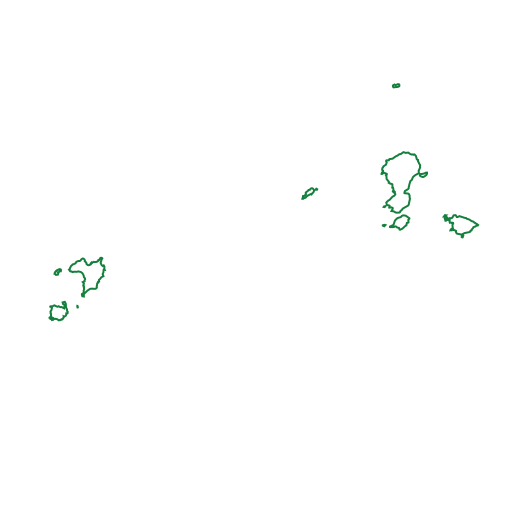 the district of Taboga, Panama, rotated 60°
{"feature_id": "35544464B74789014027071", "entity_name": "Taboga", "entity_type": "district", "adm_level": 2, "iso_a3": "PAN", "parent_name": "Panama", "parent_adm1": "", "projection": "orthographic", "projection_center": [-79.568, 8.692], "detail": "fine", "context": "isolated", "style": "outline", "palette": "green", "viewbox_px": 512, "rotation_deg": 60, "n_neighbors": 0, "source": "geoboundaries", "source_scale": "gbopen_adm2", "svg_char_len": 6005}
<svg xmlns="http://www.w3.org/2000/svg" viewBox="0 0 512 512"><g transform="rotate(60 256 256)"><path d="M252.7,68.4L249.5,67.5L247.4,67.9L247.0,68.3L247.0,69.1L246.3,69.6L245.9,70.6L244.7,71.5L242.5,72.5L241.7,74.6L239.8,76.4L240.1,79.5L239.5,81.1L239.8,82.7L239.6,85.4L240.0,89.1L238.8,92.0L239.5,93.1L238.4,95.2L238.8,95.9L240.3,96.0L241.9,97.8L242.1,100.9L242.7,101.6L243.0,102.5L244.4,103.7L245.6,103.3L246.2,103.5L246.6,104.8L247.2,105.9L247.7,106.2L248.1,105.4L247.5,104.2L249.2,102.4L250.3,101.7L251.0,102.2L251.0,103.1L251.9,103.1L254.7,104.4L258.0,103.8L259.0,104.5L259.6,103.8L260.3,103.7L261.6,102.3L262.1,102.1L264.4,103.2L264.9,103.8L265.6,103.2L267.8,104.0L268.2,105.0L268.4,105.2L269.6,105.0L269.5,103.8L270.0,103.7L270.9,104.3L272.1,104.4L272.9,105.8L272.9,108.2L274.2,112.3L274.1,113.6L274.8,116.4L276.6,117.0L277.6,116.9L278.7,115.5L279.4,115.2L280.0,115.5L280.4,116.3L280.8,116.4L281.6,114.4L282.7,113.6L283.4,113.9L284.8,116.2L286.2,114.4L287.9,113.5L288.8,112.6L290.1,110.0L290.1,109.5L289.4,108.7L289.1,107.1L288.3,104.9L288.4,99.3L288.0,98.2L283.2,93.9L282.1,93.7L280.5,92.8L279.0,92.6L278.0,93.0L276.1,95.7L275.7,96.0L275.4,95.8L274.2,94.6L274.1,90.9L273.8,90.0L272.6,89.2L272.0,88.4L271.3,88.0L268.4,85.0L267.9,82.8L266.3,80.9L265.9,79.7L265.6,77.5L265.7,73.5L263.5,72.5L261.4,69.6L260.5,69.3L259.5,68.4L257.5,68.5L256.2,68.3L255.1,68.4L253.8,67.6L252.7,68.4ZM186.7,394.2L184.8,394.1L184.0,393.8L181.6,391.1L181.2,390.3L180.6,390.4L180.0,391.2L179.9,391.8L181.0,393.7L180.7,394.5L181.4,395.1L181.3,396.0L181.5,396.7L180.6,398.8L179.9,399.5L180.0,400.9L179.3,401.4L179.6,402.3L179.9,402.0L180.2,402.1L180.2,402.7L180.7,403.3L180.4,405.4L179.7,406.2L178.2,406.8L176.8,406.3L174.9,406.9L174.3,406.4L173.0,406.3L172.0,406.8L171.5,407.4L171.5,408.6L172.2,410.3L172.2,411.1L171.5,412.4L171.2,414.5L172.1,416.0L171.9,418.3L171.6,419.1L172.1,420.3L172.2,421.2L173.6,423.3L174.3,423.8L174.3,424.7L175.9,424.7L176.8,424.2L177.1,423.4L178.2,423.0L178.7,421.3L180.1,419.1L180.5,417.6L182.3,415.7L184.1,414.9L186.7,415.0L188.3,415.6L189.7,415.3L190.7,415.6L191.5,416.8L192.2,417.1L192.0,419.1L193.7,418.8L194.3,419.2L195.0,420.3L195.6,420.4L196.2,420.1L196.6,420.7L197.4,420.7L198.0,421.2L198.9,421.5L199.9,422.7L201.1,423.1L201.9,424.2L201.8,425.4L202.0,425.9L202.7,426.0L203.4,426.5L204.1,426.5L205.0,425.3L202.9,424.2L201.7,419.3L201.5,416.1L202.4,414.1L203.1,413.3L204.1,411.5L204.2,410.8L204.1,410.2L203.4,409.3L202.5,409.1L201.6,408.1L200.7,407.6L200.3,406.9L200.2,406.2L199.8,406.3L199.3,405.6L199.6,404.6L198.1,403.8L197.9,402.5L197.1,400.6L197.2,398.2L195.1,397.9L193.8,396.3L191.8,394.9L191.7,394.5L192.3,393.9L191.0,393.7L189.5,392.6L188.0,392.6L188.1,393.7L186.7,394.2ZM340.0,49.7L340.5,48.6L340.2,48.1L338.2,49.0L337.5,49.7L336.9,49.7L336.1,50.3L335.0,50.5L333.7,51.7L330.6,53.4L329.2,54.8L328.3,55.0L327.1,56.4L323.2,59.9L323.1,61.8L322.7,62.6L320.8,62.6L320.3,62.9L319.6,64.5L321.0,66.9L320.7,68.6L320.2,69.1L320.7,69.6L320.6,71.2L320.9,71.2L321.2,70.6L321.6,70.8L322.0,70.5L322.9,71.2L324.1,71.5L324.5,70.4L325.2,70.1L325.5,69.1L325.8,68.8L326.6,69.1L326.7,69.6L327.6,70.5L330.2,71.6L330.2,73.1L330.6,74.3L331.0,74.8L331.7,73.5L331.8,71.7L332.5,71.7L333.8,70.4L334.2,70.2L334.8,70.7L336.1,71.0L337.2,70.7L340.3,67.1L340.4,63.9L342.0,59.3L342.0,58.2L341.4,57.7L341.6,56.5L341.0,56.1L340.4,54.2L339.7,53.1L340.1,51.7L340.0,49.7ZM202.3,444.6L200.1,444.5L199.5,446.7L201.0,447.1L203.1,446.1L204.2,447.5L205.4,448.3L202.9,450.0L202.5,451.0L200.8,452.1L200.8,453.1L200.5,453.5L197.9,455.3L197.8,457.6L197.0,458.7L196.9,459.4L197.2,459.5L197.7,458.7L198.2,458.9L198.9,458.7L200.4,460.0L201.4,461.8L202.4,462.1L202.8,462.5L203.6,462.4L205.6,463.6L205.9,464.2L206.8,464.4L207.3,463.3L208.3,462.6L209.0,462.6L210.0,461.8L210.1,461.0L211.3,459.8L213.2,458.9L213.3,458.0L213.9,457.2L213.5,456.2L214.0,455.7L213.7,454.2L213.2,453.9L212.9,453.1L212.0,452.7L212.7,452.2L212.6,450.6L211.6,449.3L210.8,449.0L210.9,448.7L211.3,448.4L211.4,447.9L210.6,447.2L210.0,446.9L209.1,447.1L207.8,446.4L205.4,446.2L202.3,444.6ZM305.3,118.1L305.5,115.4L304.5,111.1L304.7,110.5L302.8,108.8L303.2,107.6L303.1,107.1L300.8,106.0L300.5,104.7L300.0,104.3L296.1,106.1L295.2,107.0L294.3,108.5L294.2,109.7L294.7,111.2L293.9,114.4L294.5,117.2L295.0,118.2L297.8,121.4L297.5,125.3L297.8,125.5L298.2,125.2L299.8,122.3L299.8,121.2L300.3,120.1L301.9,119.5L303.2,118.1L304.8,118.5L305.3,118.1ZM230.4,177.1L229.3,174.0L228.5,173.1L227.5,172.8L226.3,173.0L225.7,173.2L225.2,173.9L225.0,175.1L225.6,176.3L225.1,177.5L225.5,178.3L225.9,181.1L226.3,181.5L227.5,181.8L228.1,184.1L227.6,185.3L228.7,186.1L229.6,187.2L230.0,186.7L229.9,185.5L230.3,183.8L229.7,182.3L229.6,180.2L229.8,177.2L230.4,177.1ZM268.3,73.9L269.8,73.2L271.2,71.8L271.3,70.2L271.0,67.9L270.3,66.8L269.3,66.2L268.8,67.0L268.7,68.8L268.0,71.2L267.2,72.5L267.3,73.2L268.3,73.9ZM170.2,433.0L170.2,432.7L171.2,432.3L170.6,431.8L169.9,431.9L169.2,432.6L168.8,435.0L169.1,437.2L170.0,438.8L170.8,439.4L171.5,438.7L172.3,438.7L173.1,436.9L172.0,435.7L171.1,435.8L171.5,434.9L171.0,434.0L171.3,433.6L170.9,432.9L170.2,433.0ZM178.7,52.6L180.5,48.5L180.6,47.1L179.6,46.3L179.0,46.2L178.1,47.2L177.9,49.6L176.7,50.4L176.8,52.1L178.0,52.7L178.7,52.6ZM320.4,71.6L320.0,71.2L319.2,71.0L318.8,71.6L318.2,71.2L317.1,71.7L316.9,72.5L317.2,73.6L318.3,73.9L319.1,73.0L319.5,74.1L320.2,74.3L320.4,73.8L320.4,71.6ZM343.2,67.7L341.9,66.2L341.3,66.3L340.8,67.0L340.9,67.6L341.7,67.7L342.4,68.4L343.0,68.1L343.2,67.7ZM293.1,131.0L294.4,130.1L293.9,128.4L293.5,128.7L293.0,130.0L292.8,130.8L293.1,131.0ZM206.3,465.8L207.7,465.5L207.8,464.5L206.7,464.7L206.1,465.5L206.3,465.8ZM315.6,73.1L316.0,71.9L315.8,71.0L315.1,71.9L315.6,73.1ZM229.1,169.9L228.8,169.6L227.9,170.1L228.4,171.3L229.1,169.9ZM209.8,463.8L209.3,463.5L208.4,464.0L208.8,464.5L209.5,464.7L209.8,463.8ZM277.4,120.9L277.8,120.5L277.9,119.8L277.8,119.2L277.5,119.0L277.1,120.3L277.4,120.9ZM211.4,436.0L210.2,435.5L209.9,435.7L210.1,435.9L211.3,436.3L211.4,436.0Z" fill="none" stroke="#15803d" stroke-width="2"/></g></svg>